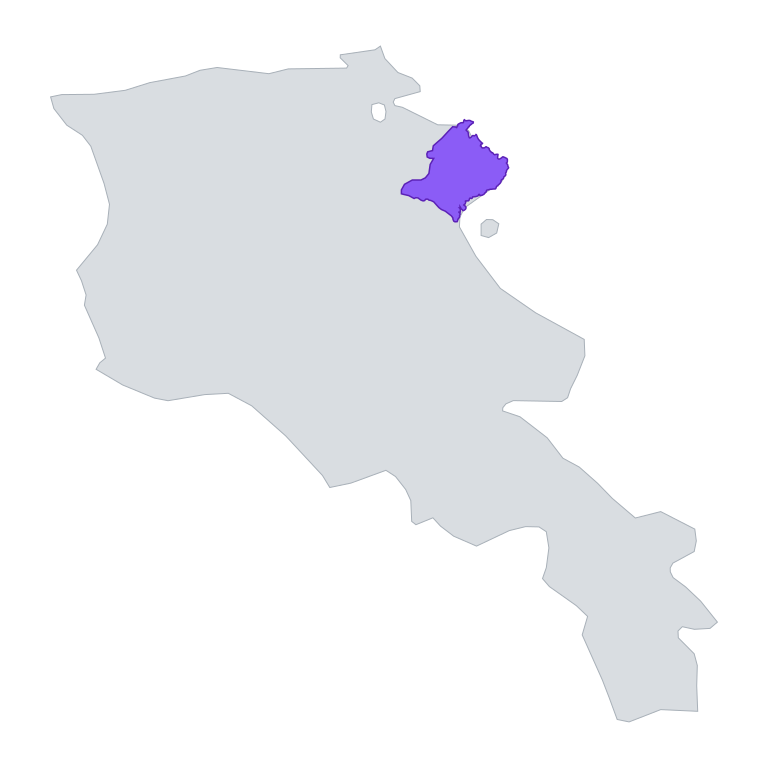 location of Tavush, Tavush, Armenia
{"feature_id": "60910142B30577123692851", "entity_name": "Tavush", "entity_type": "district", "adm_level": 2, "iso_a3": "ARM", "parent_name": "Armenia", "parent_adm1": "Tavush", "projection": "equal_earth", "projection_center": [45.447, 40.841], "detail": "fine", "context": "in_parent", "style": "filled", "palette": "violet", "viewbox_px": 768, "rotation_deg": 0, "n_neighbors": 0, "source": "geoboundaries", "source_scale": "gbopen_adm2", "svg_char_len": 7179}
<svg xmlns="http://www.w3.org/2000/svg" viewBox="0 0 768 768"><path d="M329.8,487.5L322.5,475.5L285.8,436.0L251.7,405.8L228.3,393.3L204.7,394.6L168.0,400.7L154.5,398.1L122.7,385.0L96.1,369.3L99.8,362.8L105.5,358.1L98.9,337.9L84.4,305.2L86.1,295.0L81.5,280.8L76.5,270.2L97.6,244.7L107.3,224.2L109.5,204.3L104.1,183.6L90.8,146.2L82.4,135.3L66.8,125.2L53.9,108.6L50.6,96.9L61.7,94.6L94.0,94.3L125.3,90.3L149.9,82.6L185.4,76.0L200.0,70.3L217.1,67.5L268.9,73.7L288.3,68.9L346.6,68.1L348.1,65.6L340.2,57.8L340.3,54.8L375.0,49.8L380.4,46.1L384.9,58.6L397.9,72.5L412.2,78.1L419.8,85.8L420.2,91.6L394.9,98.6L393.2,102.1L394.9,105.6L402.4,107.3L437.7,124.8L457.9,125.2L468.5,130.5L473.8,140.9L490.6,155.1L504.1,169.0L504.9,173.7L502.4,180.7L464.7,207.7L459.9,217.0L459.4,226.9L475.9,256.3L500.3,288.4L535.6,312.8L584.2,339.4L584.9,355.8L577.2,375.4L570.6,388.7L567.6,397.7L561.7,401.5L513.3,400.6L506.0,403.8L502.8,407.7L502.6,410.9L520.0,416.8L547.2,437.8L562.9,458.2L579.3,467.1L597.6,483.3L612.3,498.4L635.3,518.0L660.7,511.6L694.8,529.1L696.3,540.9L694.2,551.5L672.9,563.1L670.2,567.9L670.3,571.9L673.1,577.6L685.7,587.0L700.6,601.1L717.4,622.1L710.0,628.4L694.4,629.3L682.3,626.7L678.0,631.0L678.3,637.8L694.2,653.8L697.3,665.5L696.7,685.7L697.7,711.3L660.7,709.6L629.1,721.9L617.2,719.5L609.2,697.7L602.4,680.1L582.2,634.9L587.6,616.4L576.4,605.7L549.4,586.6L542.5,578.6L546.3,567.7L548.9,547.9L546.3,531.7L539.0,526.9L525.6,526.6L509.3,530.6L476.5,546.1L453.7,536.2L440.5,526.1L432.9,517.8L415.9,524.7L411.7,521.4L410.8,500.6L405.7,489.5L395.5,476.5L385.9,470.3L350.9,483.1L329.8,487.5ZM385.0,119.0L386.0,111.6L384.4,105.0L378.8,102.8L371.9,104.6L371.3,112.0L373.4,119.0L380.4,122.2L385.0,119.0ZM496.7,233.0L488.6,237.6L481.1,235.5L481.1,224.1L486.5,219.5L492.8,219.7L498.8,223.8L496.7,233.0Z" fill="#d9dde1" stroke="#a8b0b8" stroke-width="1"/><path d="M414.1,198.5L415.8,197.7L417.9,197.9L421.1,200.2L423.1,200.9L424.6,200.6L425.6,199.3L426.8,199.1L427.9,199.2L428.9,200.1L430.9,200.5L433.7,201.8L436.9,205.4L438.9,207.6L441.4,209.5L445.3,211.2L451.4,215.9L452.8,217.8L453.0,219.4L453.8,221.2L454.9,221.8L457.1,221.7L457.4,221.2L457.6,220.7L457.7,220.0L457.9,219.5L458.2,219.1L458.2,218.9L458.5,218.3L459.1,217.9L459.5,217.3L459.7,216.8L459.6,216.3L459.5,215.9L459.6,215.5L459.9,214.8L460.1,214.3L460.2,214.1L460.1,213.7L459.8,213.3L459.5,212.8L459.0,212.4L458.9,212.1L459.1,212.0L459.6,212.1L460.3,212.1L460.4,211.8L460.3,210.8L460.3,209.5L460.2,208.6L459.8,208.3L459.5,208.0L459.9,208.0L460.2,207.9L460.0,207.2L460.0,206.6L460.6,207.6L460.9,208.4L461.2,209.0L461.9,209.4L462.4,209.9L462.8,210.5L463.2,210.6L463.9,210.4L464.4,210.1L464.9,209.7L465.3,209.4L465.7,208.9L465.9,208.4L465.9,207.9L466.0,207.5L466.0,207.2L465.8,206.9L465.4,206.3L465.1,205.9L464.3,205.4L463.8,205.0L464.0,204.7L464.4,204.4L464.9,204.1L465.2,203.9L465.3,203.5L465.5,202.9L465.7,202.3L465.7,201.7L465.4,201.2L465.8,200.9L466.4,200.9L466.9,200.9L467.1,200.8L467.9,200.9L468.5,200.8L468.8,200.5L469.1,200.1L469.3,199.4L469.5,198.7L469.7,198.3L470.1,198.1L470.4,198.1L470.7,198.3L471.1,198.5L471.4,198.5L471.9,198.4L472.1,198.2L472.3,197.8L472.5,197.2L472.7,196.9L473.0,196.9L473.5,196.9L473.9,196.7L474.1,196.6L474.5,196.7L474.9,196.8L475.4,196.6L475.8,196.5L476.0,196.5L476.7,196.3L477.7,196.0L478.1,195.8L478.3,195.3L478.7,194.5L479.0,194.4L479.4,194.4L479.6,194.7L479.7,195.1L479.9,195.5L480.4,195.4L481.3,195.4L482.1,195.2L482.9,194.8L483.8,194.4L484.1,194.0L484.6,193.5L485.0,192.8L485.4,192.6L485.6,192.4L486.1,191.9L486.3,191.4L486.4,190.8L486.7,190.3L487.2,190.0L488.1,189.9L488.6,189.7L489.3,189.6L489.9,189.3L490.6,189.3L490.8,189.3L491.1,189.3L491.8,189.2L492.6,189.1L493.7,189.0L495.1,189.0L495.5,188.8L495.7,188.6L496.1,187.8L496.3,187.0L496.6,186.5L497.1,186.0L497.8,185.8L498.0,185.5L498.2,185.0L498.5,184.8L499.0,184.4L499.4,184.0L499.7,183.7L500.2,183.2L500.7,182.5L500.9,182.0L501.1,181.4L501.1,180.8L501.2,180.4L501.3,180.1L501.9,179.6L502.4,179.2L503.1,178.9L503.5,178.3L503.7,177.6L503.8,177.0L504.1,176.7L504.6,176.2L505.2,175.9L505.5,175.5L505.7,175.1L505.8,174.5L505.7,173.8L505.6,173.0L505.9,172.4L506.3,172.1L506.4,171.6L506.5,171.1L506.5,170.5L506.8,170.1L507.2,169.6L507.7,168.9L508.2,168.4L508.6,167.8L508.5,167.3L508.3,167.0L508.0,166.5L507.9,166.1L507.8,165.4L507.7,164.8L507.4,164.5L507.1,164.0L506.9,163.6L506.5,163.3L506.4,163.0L506.5,162.8L506.8,162.7L507.1,162.4L507.2,162.1L507.3,161.8L507.4,161.2L507.4,160.7L507.4,160.1L507.4,159.5L507.1,158.8L506.7,158.4L506.1,158.1L505.5,157.9L504.8,157.4L504.4,157.3L504.1,157.2L503.8,157.1L503.6,157.1L503.2,156.8L502.8,156.8L502.2,157.2L501.7,157.7L501.0,158.2L500.8,158.3L500.1,158.7L499.4,159.1L499.0,159.1L498.5,159.0L498.1,158.7L497.6,158.2L497.6,157.7L497.7,157.2L497.7,156.5L497.9,155.5L497.9,155.2L498.0,154.4L497.8,154.3L497.4,154.3L496.9,154.3L496.3,154.3L495.5,154.5L494.8,154.7L494.3,154.6L493.9,154.3L493.5,153.9L493.3,153.6L493.0,153.3L492.8,152.9L492.7,152.8L492.6,152.7L492.4,152.6L491.9,152.6L491.6,152.6L491.4,152.4L491.2,152.0L490.9,151.7L490.4,151.4L490.1,150.9L489.6,150.2L489.4,149.9L489.2,149.5L489.3,149.0L489.1,148.6L488.8,148.2L488.3,147.8L488.0,147.6L487.3,147.5L486.8,147.2L486.4,146.8L485.9,146.8L485.5,147.0L484.9,147.6L484.5,147.8L483.8,147.9L483.0,147.9L482.8,147.9L482.2,147.9L481.9,147.5L481.4,147.0L481.2,146.5L481.0,146.2L480.4,145.9L480.4,145.7L480.7,145.5L480.9,145.3L480.7,145.1L480.7,144.6L481.0,144.2L481.6,144.1L482.0,144.0L482.3,143.7L482.5,143.3L482.3,143.2L481.9,142.8L481.0,142.0L480.1,141.1L479.1,140.0L478.5,139.3L478.0,138.5L477.3,137.1L477.1,136.4L477.0,136.1L476.4,134.7L476.0,134.5L475.7,135.0L475.1,135.4L474.6,135.8L474.0,135.8L473.0,135.5L472.5,135.7L471.8,136.3L471.4,136.9L470.9,137.3L470.2,137.8L469.7,137.9L469.4,137.8L469.2,137.5L468.9,136.7L468.6,135.9L468.5,134.8L468.3,133.6L468.2,132.9L468.1,132.3L467.9,131.8L467.5,131.4L466.7,130.8L466.2,130.4L466.2,129.8L466.5,129.4L467.0,129.0L467.4,128.6L467.8,128.1L468.0,127.7L468.2,127.4L468.5,126.9L469.0,126.8L469.2,126.4L469.5,125.7L469.8,125.4L470.2,125.2L470.5,124.8L470.8,124.6L471.0,124.4L471.3,124.4L471.4,124.1L471.7,123.9L472.0,123.7L472.3,123.5L472.6,123.4L472.9,123.3L473.1,123.1L473.2,122.9L473.3,122.6L473.3,121.9L473.1,121.8L472.7,121.7L472.4,121.6L472.0,121.4L471.5,121.4L471.2,121.1L470.6,120.8L470.0,120.5L469.5,120.4L468.9,120.4L468.4,120.4L468.0,120.5L467.3,120.6L466.7,120.7L466.1,120.7L465.6,120.7L465.1,120.5L464.7,119.9L464.5,119.7L464.2,119.9L463.9,120.2L463.8,120.6L463.7,121.2L463.5,122.0L463.4,122.4L463.1,122.7L462.7,122.7L462.1,122.7L461.4,122.7L460.8,122.8L460.2,123.1L459.6,123.4L459.2,123.7L458.6,123.9L458.0,124.4L457.8,124.8L457.7,125.3L457.7,125.8L457.2,126.0L457.0,126.4L457.0,126.6L456.9,127.1L456.7,127.6L456.4,127.6L456.1,127.4L455.7,127.1L455.4,126.9L454.9,126.9L454.2,126.9L453.4,126.8L453.0,126.8L452.7,126.7L448.1,131.5L444.7,135.2L442.3,137.8L441.6,138.5L440.0,139.9L437.7,141.9L433.3,145.8L432.5,150.6L430.7,151.0L427.7,151.8L426.8,154.0L427.2,157.0L429.8,158.3L433.7,158.4L430.2,164.4L428.9,173.5L425.4,177.8L421.0,180.0L412.3,180.0L404.5,184.3L402.4,188.1L401.4,189.9L401.4,193.8L403.2,194.3L408.8,195.6L414.1,198.5Z" fill="#8b5cf6" stroke="#5b21b6" stroke-width="1.5"/></svg>